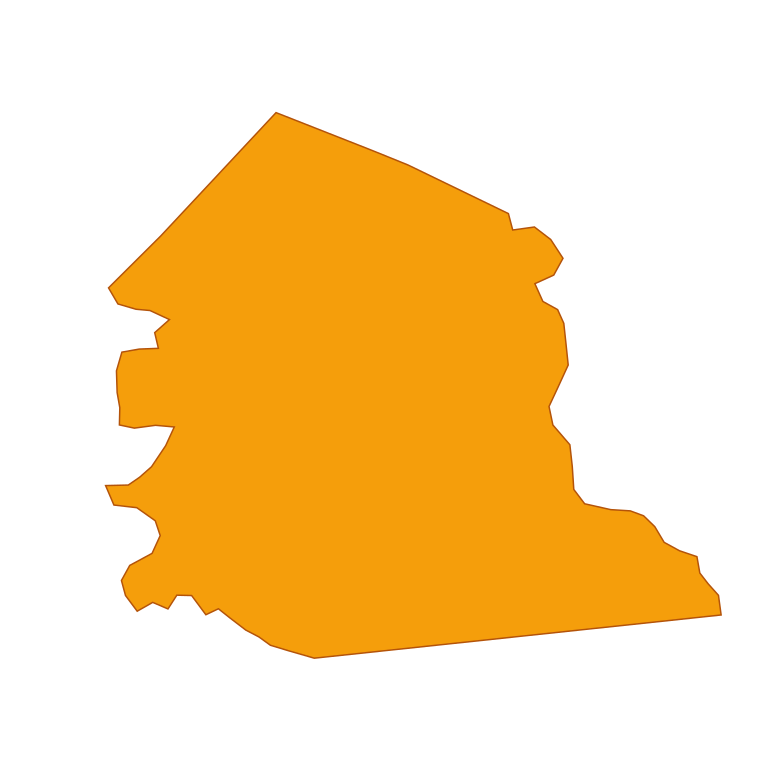 outline of Caturité, Paraíba, Brazil, rotated 170°
{"feature_id": "56859067B30127882729659", "entity_name": "Caturité", "entity_type": "district", "adm_level": 2, "iso_a3": "BRA", "parent_name": "Brazil", "parent_adm1": "Paraíba", "projection": "albers", "projection_center": [-36.05, -7.423], "detail": "fine", "context": "isolated", "style": "filled", "palette": "amber", "viewbox_px": 768, "rotation_deg": 170, "n_neighbors": 0, "source": "geoboundaries", "source_scale": "gbopen_adm2", "svg_char_len": 1091}
<svg xmlns="http://www.w3.org/2000/svg" viewBox="0 0 768 768"><g transform="rotate(170 384 384)"><path d="M638.6,526.5L632.1,509.0L615.3,500.7L601.7,497.0L584.1,484.7L600.9,474.4L600.0,458.3L619.0,460.9L636.6,460.9L645.2,443.4L648.3,421.9L648.3,406.5L651.7,389.6L637.5,383.9L616.2,383.0L598.0,378.1L609.7,361.2L627.3,342.9L640.9,334.6L653.4,328.9L675.8,332.3L671.0,311.7L648.9,305.1L633.0,289.0L630.7,273.6L641.8,257.5L665.9,249.5L676.7,236.1L675.3,220.6L666.5,203.1L649.7,209.1L635.8,200.0L624.7,212.0L610.2,209.1L599.5,187.7L586.1,191.4L576.2,180.2L562.8,165.6L551.2,156.7L541.2,146.4L524.2,137.8L500.3,126.1L92.1,98.0L91.3,117.8L99.5,131.0L105.8,143.0L105.8,159.6L122.0,168.5L135.6,179.4L142.1,196.5L151.2,209.1L163.5,216.3L182.5,220.9L207.2,231.2L215.4,247.2L212.9,270.1L211.5,291.9L224.8,314.3L225.4,333.2L213.2,350.6L199.3,370.7L197.8,391.9L196.4,412.5L200.1,427.1L213.2,437.7L218.0,456.6L197.9,461.8L185.9,476.7L194.7,497.3L208.6,512.5L230.5,513.3L231.9,530.2L322.3,595.5L355.2,616.1L443.2,670.0L578.1,568.6L638.6,526.5Z" fill="#f59e0b" stroke="#b45309" stroke-width="1.5"/></g></svg>